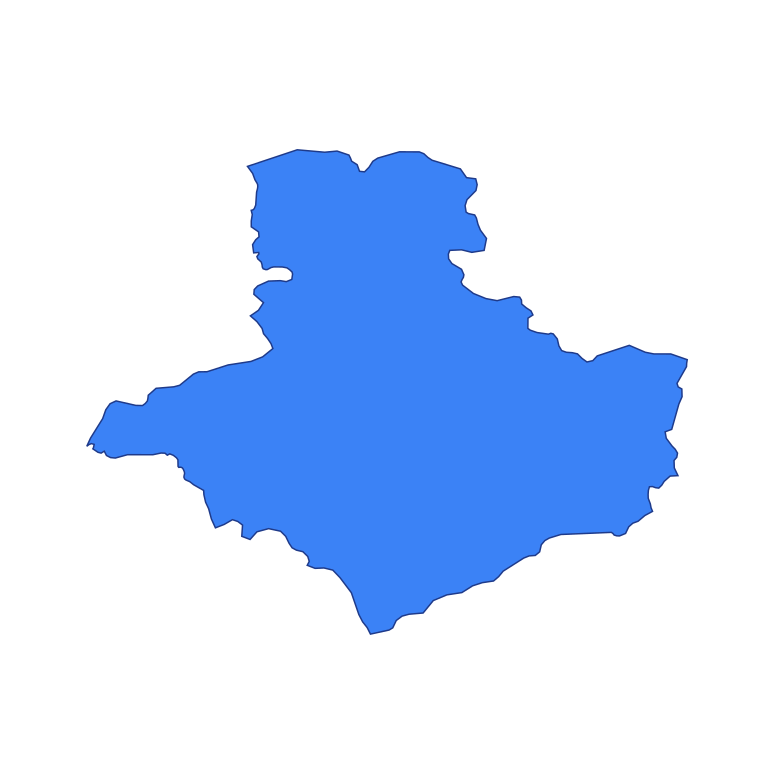 the border of Masovian, rotated 171°
{"feature_id": "POL-3148", "entity_name": "Masovian", "entity_type": "Voivodeship", "adm_level": 1, "iso_a3": "POL", "parent_name": "Poland", "parent_adm1": "", "projection": "equal_earth", "projection_center": [21.23, 52.228], "detail": "fine", "context": "isolated", "style": "filled", "palette": "blue", "viewbox_px": 768, "rotation_deg": 171, "n_neighbors": 0, "source": "natural_earth", "source_scale": "10m", "svg_char_len": 3510}
<svg xmlns="http://www.w3.org/2000/svg" viewBox="0 0 768 768"><g transform="rotate(171 384 384)"><path d="M436.5,139.1L438.7,146.0L442.3,152.4L444.9,160.2L448.9,183.0L457.8,199.7L463.7,208.2L472.1,211.7L480.9,212.7L488.2,216.9L485.6,220.5L486.3,225.6L490.4,231.1L496.5,233.6L500.4,236.6L502.7,241.6L504.9,248.9L509.2,254.8L520.6,259.2L532.6,257.9L540.6,251.4L548.3,255.8L545.8,266.8L549.9,271.1L554.9,273.7L563.8,270.3L573.0,268.3L575.6,277.7L576.7,288.2L578.7,295.2L579.2,302.7L578.8,307.1L587.8,314.3L591.1,317.9L594.7,320.2L595.8,321.4L596.2,323.3L595.7,325.0L595.0,326.6L594.9,328.4L595.5,330.9L596.2,332.6L597.6,333.6L599.8,333.8L600.3,334.8L599.4,341.4L600.5,343.6L603.2,346.5L606.5,348.5L609.2,347.6L611.1,349.9L615.0,350.7L623.4,350.3L648.4,354.3L660.9,352.9L665.6,354.1L669.3,356.8L670.8,361.4L674.2,360.0L677.2,361.3L681.7,365.5L680.9,366.6L680.1,368.7L679.7,369.7L682.4,370.9L684.9,370.3L687.3,369.0L682.3,376.5L667.3,393.8L662.8,402.1L657.6,407.4L651.3,409.2L632.5,401.7L625.9,400.5L623.0,402.0L620.4,404.2L619.4,406.8L618.6,409.8L609.8,415.4L592.1,414.1L586.0,414.7L570.7,423.6L565.1,425.0L557.0,423.8L535.0,427.2L511.8,427.1L499.6,429.8L488.2,436.4L489.3,441.6L491.9,447.2L495.1,452.5L495.7,457.9L499.7,465.4L505.3,472.2L496.5,476.4L490.3,483.2L498.5,493.0L497.4,497.6L493.4,500.6L482.0,503.7L470.3,502.3L464.5,500.4L458.7,501.7L457.1,506.9L457.3,509.0L459.4,511.7L461.7,513.9L466.2,515.5L474.5,516.9L477.3,516.7L481.3,515.3L482.8,515.4L485.3,516.7L485.9,518.5L485.8,520.9L486.2,523.7L489.1,527.3L489.6,529.8L487.2,532.1L487.2,533.5L492.2,533.9L492.0,542.2L488.2,546.5L484.4,548.9L484.1,553.9L490.5,560.0L489.6,565.8L487.6,572.0L488.0,576.3L486.2,576.5L484.7,577.5L482.7,580.8L479.8,593.5L478.5,596.5L477.9,598.3L477.6,600.6L478.0,602.2L479.5,605.9L480.8,612.5L484.8,620.3L433.1,628.9L406.3,622.2L393.9,621.4L382.8,615.6L381.8,612.5L381.1,609.1L376.2,604.8L374.9,597.9L370.0,596.6L364.9,600.4L360.2,605.7L354.8,608.1L332.4,610.9L312.8,607.7L308.6,605.2L305.2,600.9L301.5,597.5L274.9,584.5L270.2,574.9L261.3,572.3L260.8,566.3L262.9,560.7L273.2,553.1L276.0,547.5L276.0,540.9L273.9,539.1L268.0,536.8L266.8,533.5L266.2,527.0L264.7,520.8L260.0,511.7L264.2,500.3L276.7,500.3L286.4,504.4L298.1,505.7L300.1,502.3L300.6,497.5L298.1,492.3L289.5,485.2L288.0,479.4L288.9,476.9L290.5,475.0L291.9,472.7L290.9,469.3L281.5,459.4L269.9,452.4L259.2,448.6L242.2,450.1L236.4,448.6L235.1,445.4L235.5,441.5L231.7,437.1L227.4,433.2L226.1,428.9L231.5,426.5L233.2,416.4L231.0,414.2L224.8,410.9L213.8,407.5L211.3,408.0L209.0,407.0L205.8,401.4L205.3,394.3L203.3,389.2L198.9,386.8L193.2,385.5L188.2,383.5L184.4,378.3L180.1,374.0L174.1,374.4L169.0,378.4L135.7,383.8L121.0,374.5L112.8,371.5L96.0,368.8L80.7,360.6L81.8,357.2L82.5,353.8L94.5,338.8L93.9,335.1L90.6,332.5L91.6,324.8L95.9,318.1L106.9,294.2L113.8,292.8L113.7,286.2L109.2,277.7L106.6,274.0L104.9,269.8L106.3,265.8L109.5,263.1L110.4,255.7L108.0,247.5L115.8,248.3L122.5,244.0L125.5,240.6L128.9,238.2L132.0,239.1L134.9,240.7L137.9,241.0L139.5,237.6L140.4,233.7L140.9,229.8L139.7,223.9L139.6,220.0L138.7,216.2L146.9,213.3L154.5,208.7L160.0,207.6L164.6,204.7L168.8,198.6L175.1,197.1L177.8,197.6L180.3,198.8L181.3,200.6L182.7,201.9L232.8,207.7L244.8,206.0L249.6,204.2L253.8,200.6L256.5,193.9L261.4,191.0L267.5,191.5L273.3,190.2L295.6,180.5L300.9,175.8L306.6,172.3L318.0,172.4L328.1,170.8L339.7,165.8L354.9,165.9L369.2,162.4L381.2,151.7L395.3,152.7L402.5,151.9L408.9,148.5L413.5,141.8L417.4,140.2L436.5,139.1Z" fill="#3b82f6" stroke="#1e3a8a" stroke-width="1.5"/></g></svg>